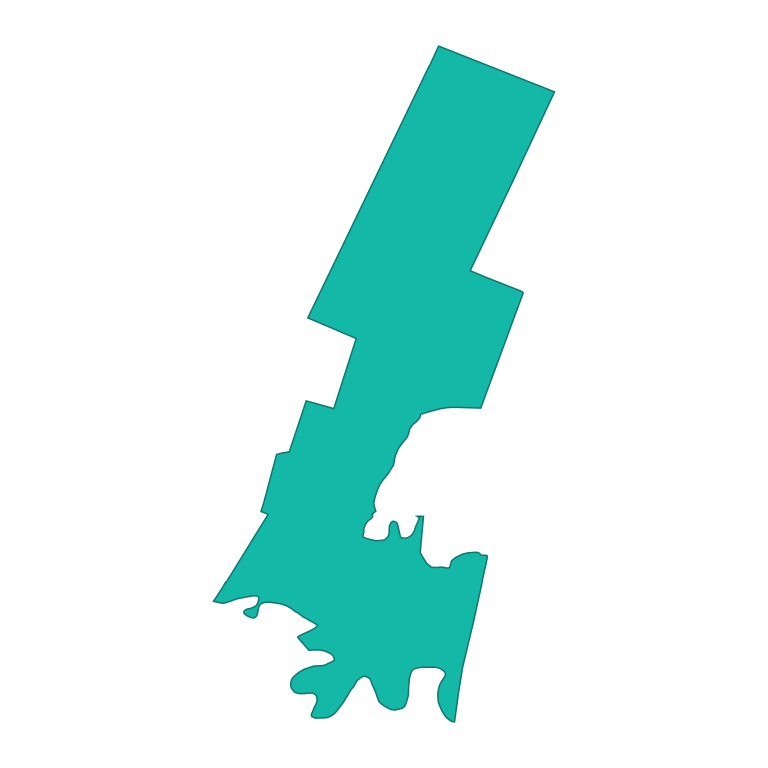 Sarateni, Ialomita, Romania
{"feature_id": "2599482B52880739545747", "entity_name": "Sarateni", "entity_type": "district", "adm_level": 2, "iso_a3": "ROU", "parent_name": "Romania", "parent_adm1": "Ialomita", "projection": "natural_earth1", "projection_center": [26.94, 44.652], "detail": "fine", "context": "isolated", "style": "filled", "palette": "teal", "viewbox_px": 768, "rotation_deg": 0, "n_neighbors": 0, "source": "geoboundaries", "source_scale": "gbopen_adm2", "svg_char_len": 5335}
<svg xmlns="http://www.w3.org/2000/svg" viewBox="0 0 768 768"><path d="M438.6,46.1L429.6,65.6L429.3,65.7L384.5,158.7L339.7,251.7L307.8,317.9L356.2,338.5L333.8,408.6L306.2,400.9L289.3,451.7L285.6,452.5L282.0,453.0L279.4,453.7L276.6,454.5L271.8,472.5L263.7,502.9L261.0,511.5L267.2,513.9L267.8,514.0L267.9,514.4L266.7,516.7L226.5,581.8L226.1,582.0L225.7,582.1L221.7,588.9L213.5,601.3L214.3,601.6L221.1,603.0L222.9,603.3L225.5,602.8L231.2,600.9L236.0,599.1L241.5,597.9L246.9,596.9L251.3,596.1L254.3,595.8L256.0,595.9L258.0,596.4L258.6,596.8L258.8,597.3L259.0,598.1L258.6,599.5L258.3,601.3L257.8,602.7L257.2,604.0L256.4,605.1L255.5,606.1L253.8,607.1L252.0,607.9L250.0,608.5L248.0,608.9L246.9,609.2L246.7,609.3L245.7,609.7L244.6,610.6L244.1,611.2L243.9,612.0L243.8,612.7L244.1,613.3L244.4,613.8L245.0,614.3L246.2,615.2L246.6,615.5L247.6,616.0L248.6,616.6L249.9,617.1L251.9,617.8L253.0,617.9L253.9,618.0L255.0,617.4L256.1,616.5L256.9,615.3L257.4,613.9L257.7,612.4L257.9,611.0L258.7,607.5L259.2,606.0L260.3,604.4L261.7,603.4L262.9,602.9L264.4,602.5L266.5,602.3L267.9,602.2L270.3,602.3L272.8,602.7L273.8,602.7L278.3,603.4L280.8,603.9L284.4,605.0L286.3,605.6L288.3,606.8L290.3,607.9L291.7,608.8L292.7,609.6L295.8,611.9L297.9,612.8L300.5,614.9L303.2,616.9L316.8,624.6L317.6,625.7L314.9,628.1L311.9,629.9L298.1,636.4L297.8,637.5L308.9,650.3L312.8,650.0L319.7,650.0L321.0,650.2L322.6,650.5L325.7,651.4L328.5,652.5L330.8,653.7L332.8,655.6L333.5,656.6L334.2,658.3L334.1,660.0L332.4,661.7L331.5,662.0L330.1,662.6L328.8,663.1L327.5,663.7L326.1,664.6L325.1,664.9L324.1,665.3L322.9,665.5L321.7,665.6L319.2,665.8L316.7,665.9L314.2,666.0L311.4,666.8L303.9,669.4L301.3,670.9L298.6,672.6L297.4,673.5L296.3,674.4L293.5,676.9L291.7,679.4L290.9,682.1L290.7,685.4L291.5,688.4L294.4,692.1L298.8,693.6L304.0,693.7L307.2,693.1L309.7,693.2L310.9,693.1L312.2,693.0L314.5,693.9L316.4,695.8L317.0,698.6L317.1,701.1L315.9,704.3L314.2,707.7L313.7,708.8L313.0,710.6L312.3,712.2L311.6,713.7L311.2,714.9L311.5,715.7L311.8,716.5L315.2,718.1L318.8,718.0L322.6,717.9L324.2,718.0L327.5,717.5L330.4,716.3L333.5,714.3L335.7,712.3L337.7,709.8L339.7,707.2L342.5,703.5L344.5,700.5L346.7,696.9L349.5,692.2L351.0,689.6L353.3,687.1L354.6,685.0L355.7,683.0L357.1,680.7L359.1,678.9L361.3,677.2L363.6,676.3L365.0,676.4L367.4,677.1L369.4,678.3L370.4,679.7L372.5,685.2L375.5,691.8L376.7,695.5L378.8,701.3L380.7,703.4L383.7,705.6L386.4,707.3L388.8,708.5L391.4,709.6L395.1,710.0L398.3,709.3L401.9,708.3L404.2,706.8L405.3,705.1L406.3,702.4L407.5,698.7L408.4,694.5L408.5,690.9L408.6,687.3L408.9,684.4L409.5,677.9L410.6,673.8L411.5,671.7L412.3,670.4L413.3,669.5L414.4,668.8L418.9,667.6L422.6,667.3L428.2,667.2L431.5,667.3L435.1,667.3L436.9,667.5L438.8,667.9L440.7,668.8L442.7,670.1L445.0,672.3L445.5,674.8L444.9,676.5L443.5,678.4L441.0,682.4L439.5,685.5L438.3,689.9L437.8,694.1L438.0,698.7L438.3,701.7L439.3,704.7L440.6,707.9L441.9,710.8L443.4,713.2L444.8,715.5L446.9,718.0L449.0,719.7L451.2,721.2L452.9,721.7L454.5,721.9L458.7,691.5L462.7,666.9L473.3,622.7L481.5,585.3L482.4,580.1L482.4,579.8L482.5,579.5L482.8,578.0L484.1,572.4L485.4,566.7L486.2,562.9L487.0,559.0L487.3,557.6L487.4,556.6L487.4,556.3L487.3,556.1L487.1,555.8L486.8,555.6L486.4,555.4L486.0,555.3L485.4,555.3L484.5,555.3L483.2,555.3L482.6,555.4L482.0,555.3L481.4,555.2L480.9,554.7L479.7,553.6L478.8,552.9L478.3,552.7L478.0,552.6L477.6,552.3L473.4,552.4L467.5,552.9L462.4,554.2L455.9,557.3L451.6,560.6L449.7,567.3L448.7,567.9L446.8,568.1L446.2,567.9L445.2,567.7L444.6,567.6L444.0,567.5L443.6,567.4L443.2,567.3L442.5,567.3L441.8,567.2L440.6,567.1L439.9,567.1L439.2,567.2L438.4,567.4L436.8,567.5L434.9,567.4L434.0,567.3L432.7,567.4L431.9,567.3L431.6,567.2L431.1,567.0L430.4,566.4L430.1,566.1L429.0,565.2L428.3,564.7L427.5,564.1L426.1,562.6L425.6,561.7L422.6,556.8L420.3,552.8L421.0,543.4L423.5,516.4L422.4,516.3L419.8,516.3L417.1,516.3L419.5,517.9L417.7,522.1L415.8,526.3L414.0,531.6L411.4,535.4L408.2,537.5L404.9,538.3L400.6,537.6L398.9,530.3L397.8,525.3L397.2,524.0L396.7,522.6L394.3,521.4L392.5,521.3L390.7,523.0L389.4,526.2L389.3,528.0L389.2,529.9L389.1,533.0L388.6,535.2L388.0,536.3L387.3,537.4L384.4,539.9L382.5,540.2L380.6,540.4L378.1,540.6L375.5,540.8L373.3,540.2L371.0,539.6L369.6,539.3L368.1,538.9L365.5,538.1L362.7,536.9L363.9,531.5L363.9,531.2L363.9,530.7L363.7,530.2L363.6,529.7L363.7,529.3L363.7,528.9L364.0,528.4L364.1,527.9L364.2,527.6L364.2,527.3L364.5,526.8L364.6,526.4L365.1,525.2L365.8,524.0L366.3,523.2L367.4,521.7L368.1,520.8L369.2,520.0L370.6,519.0L371.3,518.4L372.2,517.3L372.7,515.9L372.6,515.2L372.4,514.6L372.1,514.2L373.2,513.5L372.9,513.2L375.8,511.3L375.6,510.7L375.0,508.6L374.5,507.0L374.2,505.4L373.9,503.9L373.9,502.3L374.2,501.1L375.0,497.3L375.6,495.4L376.3,493.5L376.7,492.1L377.2,490.7L378.6,487.1L380.0,484.4L381.1,482.7L382.3,480.9L383.6,479.1L384.7,478.0L386.6,475.5L388.6,473.1L390.7,469.3L392.7,466.5L393.6,464.3L394.2,461.7L394.5,459.3L395.5,455.2L398.1,449.1L400.9,444.9L407.0,437.4L408.4,434.1L409.3,430.5L410.2,428.1L413.0,424.3L415.5,422.5L419.3,418.6L420.4,415.9L420.6,414.3L430.5,411.3L436.2,409.8L440.8,408.6L443.7,408.2L446.8,407.7L450.7,407.4L454.3,407.4L458.4,407.4L480.8,408.1L487.4,390.0L499.6,357.1L511.3,325.2L523.1,293.1L523.1,292.7L522.6,292.0L521.1,291.2L485.9,277.3L470.2,270.7L512.8,181.2L554.5,91.9L438.6,46.1Z" fill="#14b8a6" stroke="#0f766e" stroke-width="1.5"/></svg>